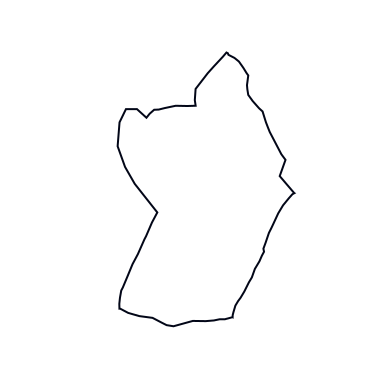 outline of Qift, Qina, Egypt, rotated 211°
{"feature_id": "37247803B3351007317987", "entity_name": "Qift", "entity_type": "district", "adm_level": 2, "iso_a3": "EGY", "parent_name": "Egypt", "parent_adm1": "Qina", "projection": "mercator", "projection_center": [32.817, 25.997], "detail": "fine", "context": "isolated", "style": "outline", "palette": "ink", "viewbox_px": 384, "rotation_deg": 211, "n_neighbors": 0, "source": "geoboundaries", "source_scale": "gbopen_adm2", "svg_char_len": 1338}
<svg xmlns="http://www.w3.org/2000/svg" viewBox="0 0 384 384"><g transform="rotate(211 192 192)"><path d="M234.3,329.3L235.2,323.9L237.9,311.2L239.7,301.9L242.0,282.2L236.9,272.2L233.3,267.8L240.3,263.3L250.4,257.5L258.6,249.9L263.0,245.5L266.8,243.0L268.6,237.3L269.3,232.2L281.9,234.7L291.3,229.0L290.0,214.4L279.3,192.9L262.3,179.0L245.3,169.5L211.2,156.6L210.6,145.2L208.6,130.4L208.4,126.9L206.4,111.0L205.8,99.5L203.9,86.9L202.1,74.5L201.9,71.1L200.6,67.7L199.3,64.3L196.7,58.7L194.1,54.6L193.5,55.0L184.4,55.5L173.2,58.5L161.0,63.8L157.6,64.0L150.8,64.4L145.2,64.8L138.7,67.4L124.9,81.9L113.7,88.4L106.9,93.3L106.4,93.8L102.7,97.2L98.3,99.8L97.2,101.0L96.1,102.1L92.8,105.6L92.7,105.6L93.7,107.4L94.6,110.4L95.4,113.5L96.3,117.0L96.3,122.3L95.9,126.2L95.9,133.6L96.7,143.9L96.7,149.6L98.5,158.5L98.5,167.3L99.3,173.5L99.5,177.9L101.6,180.2L102.8,186.5L103.2,188.3L105.0,196.6L105.4,201.9L105.8,206.0L107.1,218.1L107.1,226.7L107.1,227.5L105.8,236.4L104.8,241.8L103.7,243.7L103.8,243.7L125.0,250.8L128.4,267.7L134.9,270.4L135.7,270.9L156.3,283.5L160.5,286.7L164.6,289.9L168.2,293.1L173.0,297.4L177.6,298.3L186.8,301.2L193.8,304.2L197.5,308.6L199.9,311.9L203.8,320.9L206.2,321.9L212.0,324.9L219.0,328.0L224.7,328.8L229.2,328.5L230.9,328.4L231.5,328.4L232.7,329.4L234.3,329.3Z" fill="none" stroke="#020617" stroke-width="2"/></g></svg>